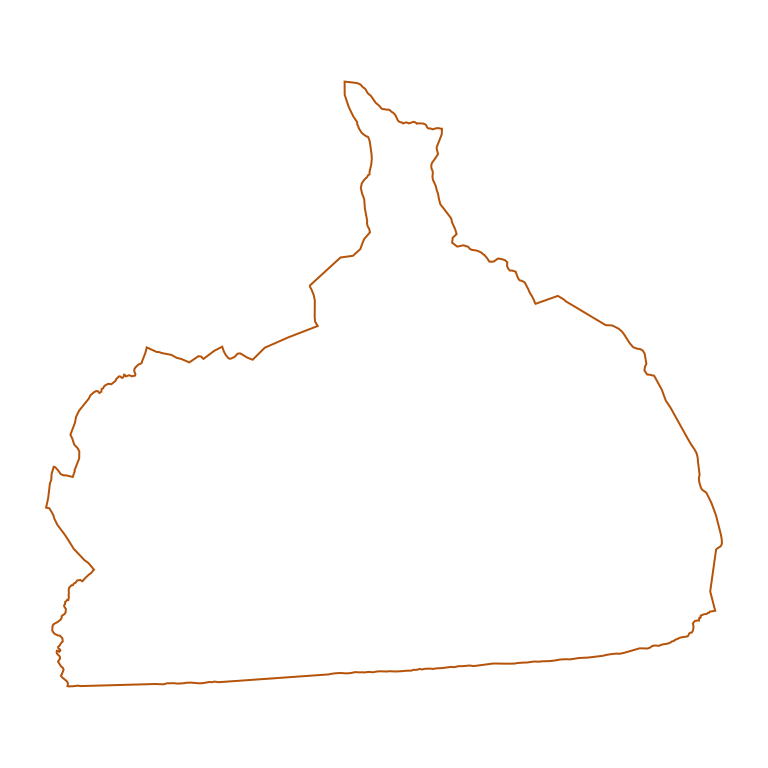 Ekumfi, Central, Ghana (Natural Earth projection)
{"feature_id": "2480657B22323593180175", "entity_name": "Ekumfi", "entity_type": "district", "adm_level": 2, "iso_a3": "GHA", "parent_name": "Ghana", "parent_adm1": "Central", "projection": "natural_earth1", "projection_center": [-0.909, 5.289], "detail": "fine", "context": "isolated", "style": "outline", "palette": "amber", "viewbox_px": 768, "rotation_deg": 0, "n_neighbors": 0, "source": "geoboundaries", "source_scale": "gbopen_adm2", "svg_char_len": 6005}
<svg xmlns="http://www.w3.org/2000/svg" viewBox="0 0 768 768"><path d="M67.5,686.1L68.6,686.4L73.7,686.2L78.1,685.6L80.0,686.1L155.1,684.0L162.8,684.3L164.1,684.2L166.9,683.3L173.4,683.2L177.9,683.6L184.3,683.2L185.5,682.8L191.1,682.6L198.5,683.3L202.6,683.2L209.1,682.0L212.1,682.2L213.8,681.7L215.1,681.7L218.5,682.2L328.8,674.4L330.4,674.0L335.1,673.3L340.6,673.0L346.1,673.4L349.3,673.2L351.1,673.0L355.1,672.1L360.1,672.4L362.3,672.2L363.7,672.5L368.6,671.9L373.1,672.3L376.3,671.6L379.2,671.3L387.6,671.5L389.4,671.2L395.7,671.5L402.9,671.1L404.9,670.8L411.4,670.6L413.6,669.8L416.4,669.9L419.8,668.9L421.6,669.4L422.7,669.4L423.9,668.9L425.1,668.8L430.4,668.6L433.2,669.0L435.8,668.4L441.9,668.1L451.1,666.9L454.2,667.2L458.3,666.2L463.5,666.1L469.5,665.5L473.6,666.1L493.3,663.5L507.0,663.7L514.2,663.6L517.8,663.0L524.8,662.5L527.0,662.5L534.3,661.5L538.4,661.7L542.4,661.3L549.9,661.1L555.4,660.4L560.3,659.5L566.3,659.2L569.9,659.4L579.0,658.0L587.7,657.6L602.9,655.8L606.3,654.9L612.0,654.0L616.4,653.6L617.8,653.6L618.8,653.9L623.5,653.0L639.7,648.3L647.4,648.5L649.7,647.8L652.4,645.9L654.9,645.5L659.1,645.8L660.9,644.9L663.3,644.3L667.8,643.6L670.8,642.4L671.9,641.4L673.8,641.0L675.4,639.6L676.7,639.3L679.3,638.0L681.0,637.4L687.6,636.4L688.5,635.1L689.3,633.4L690.1,632.8L691.9,632.5L692.8,630.8L693.4,628.3L693.5,626.1L692.9,623.7L693.9,622.0L694.9,621.0L697.4,620.5L699.0,620.6L699.3,617.9L699.6,617.8L700.0,618.0L700.7,617.4L700.6,616.0L700.8,615.6L703.9,614.3L706.1,614.0L706.9,613.7L707.8,612.9L708.9,612.8L709.7,611.7L715.2,610.8L710.2,591.4L716.1,549.5L716.9,548.7L720.3,546.5L721.1,545.6L721.9,543.7L721.8,539.9L720.9,534.6L715.9,515.0L711.4,502.9L706.3,492.6L702.6,490.1L701.7,489.1L700.7,487.1L699.4,482.5L699.0,480.1L698.9,478.1L699.6,474.7L697.9,461.1L697.8,458.6L697.1,455.0L696.4,452.8L694.6,449.6L690.9,444.1L687.8,438.8L670.6,407.8L665.8,400.6L661.8,389.7L654.2,375.8L649.5,374.7L647.1,374.5L644.4,370.3L645.0,366.6L646.4,363.9L644.7,353.8L643.1,351.1L642.3,350.2L640.1,349.1L637.2,348.7L633.8,347.5L632.7,346.7L629.5,342.9L624.2,334.5L622.0,331.6L618.8,328.8L612.4,325.5L605.6,325.1L565.6,301.2L563.9,299.5L557.8,295.9L535.6,303.8L534.7,302.4L534.1,300.5L533.4,299.1L531.7,295.7L530.7,294.3L529.3,291.7L528.5,289.7L524.8,282.5L523.0,281.4L521.4,280.7L519.8,280.4L518.7,279.3L517.3,276.4L515.7,271.7L512.0,270.5L509.8,270.5L508.2,268.7L507.0,265.8L507.3,262.3L505.0,260.2L501.6,259.1L498.0,258.5L493.6,261.6L489.4,261.7L487.2,258.3L484.3,254.9L482.9,254.1L482.2,253.3L481.0,252.4L479.2,251.5L476.4,250.5L471.7,249.8L469.7,248.8L468.6,247.2L467.3,246.5L463.4,245.3L457.3,246.6L452.1,242.7L452.7,237.8L456.6,234.0L455.1,229.1L452.1,222.5L451.3,218.9L450.8,217.9L442.7,207.2L441.9,206.4L440.2,203.9L438.8,198.3L438.0,193.6L436.9,190.7L435.7,185.8L433.1,180.2L432.6,178.1L432.5,176.2L432.8,173.6L432.7,171.4L431.4,168.1L431.3,166.0L431.5,164.1L432.3,162.4L435.3,158.3L438.0,154.1L436.7,148.6L436.7,147.2L441.4,135.2L441.8,133.8L441.9,128.8L441.5,128.9L439.4,128.3L436.9,128.1L432.6,129.3L430.3,128.4L428.6,128.5L428.0,128.2L427.2,127.4L426.3,125.4L425.3,124.4L423.0,123.5L417.6,123.3L416.9,123.7L415.7,122.6L413.7,121.8L408.9,123.4L406.8,122.5L406.2,122.4L403.0,123.4L401.9,122.5L400.0,122.0L398.7,121.4L397.8,120.3L395.7,115.7L394.4,113.9L393.1,112.7L391.7,111.9L389.7,110.1L388.5,109.6L386.5,109.7L384.2,109.1L382.6,109.1L381.2,108.3L379.5,106.0L375.6,102.7L371.0,96.0L367.8,93.3L365.4,89.1L362.1,86.5L361.0,85.0L359.9,84.2L357.8,83.3L355.1,82.8L344.6,81.6L344.7,94.8L348.5,106.3L350.4,110.5L353.3,116.4L357.2,122.2L357.2,124.3L358.3,126.5L358.8,128.2L361.5,132.6L364.0,134.7L366.1,136.2L368.0,136.8L369.2,139.5L370.0,142.8L371.6,154.8L371.8,159.1L371.2,164.9L369.6,171.5L369.5,174.5L368.0,175.2L367.1,177.1L365.2,178.7L363.8,180.4L361.8,183.4L360.8,187.9L362.0,193.3L364.2,199.1L364.9,208.5L367.2,220.9L367.0,223.4L367.6,226.1L369.2,229.0L370.0,232.3L364.3,238.9L363.0,241.7L360.3,249.1L352.9,255.8L340.5,257.5L309.9,285.5L310.2,287.2L311.5,289.5L313.6,294.7L314.8,300.3L314.7,317.5L315.1,321.6L317.7,326.0L288.2,337.4L264.8,347.7L252.7,359.7L247.8,357.9L240.3,353.4L237.7,353.6L234.7,356.8L231.4,358.4L230.3,358.7L229.3,358.7L228.2,357.9L225.6,354.8L223.7,351.1L222.2,346.7L214.1,350.9L203.5,358.9L202.4,358.0L201.3,356.6L198.4,356.2L189.3,362.4L181.4,359.0L176.6,357.8L171.4,354.9L161.6,353.0L159.2,352.1L156.5,351.9L146.8,347.4L145.2,353.4L142.1,361.3L141.9,362.5L141.4,363.3L138.2,364.7L135.4,367.5L134.5,368.9L134.2,370.5L134.4,371.7L135.3,373.8L135.4,374.7L135.0,375.6L131.9,376.3L129.9,375.4L129.0,375.3L125.8,376.4L125.1,375.6L124.8,374.9L124.2,374.6L123.2,377.1L122.5,377.8L122.0,377.9L119.8,376.3L118.8,376.5L117.2,378.2L116.2,379.0L115.5,380.9L111.4,384.2L108.3,383.8L105.6,385.1L103.9,386.5L103.2,388.3L101.7,388.9L101.3,391.7L99.4,393.0L97.7,391.1L96.1,391.1L94.0,392.2L90.3,395.4L88.8,398.6L79.0,410.8L76.1,416.8L74.9,423.0L70.4,434.7L72.4,438.8L74.2,444.6L77.7,448.3L79.3,451.3L79.2,458.4L74.5,470.4L74.8,471.1L72.7,477.0L65.7,475.3L63.6,475.4L60.7,474.1L58.6,471.0L55.3,467.3L53.7,466.8L51.6,473.9L51.3,479.7L49.9,483.5L48.2,498.0L46.1,507.6L49.4,508.3L53.4,515.2L54.3,518.6L57.3,524.7L64.9,534.9L69.0,541.2L73.7,548.8L84.5,560.2L88.4,563.0L94.0,569.7L93.2,570.4L91.2,573.0L88.9,574.6L86.1,577.2L82.3,581.3L80.3,580.0L77.2,580.5L75.8,582.5L73.7,583.7L72.8,585.2L71.7,585.2L69.3,587.4L68.7,589.6L68.7,591.4L68.9,592.8L68.6,596.0L68.9,597.0L68.3,600.1L67.1,599.9L65.8,601.6L65.1,602.1L65.0,604.1L64.1,605.3L64.3,606.7L65.9,609.0L65.6,612.4L64.4,614.2L62.8,615.1L61.7,616.1L61.6,617.9L60.6,619.7L57.8,621.9L54.6,623.6L53.2,624.6L52.4,626.7L52.3,630.2L52.7,631.5L54.7,633.9L58.0,635.5L59.9,635.6L62.4,638.3L62.7,641.5L61.4,642.7L59.6,645.5L58.1,647.0L58.4,648.4L59.8,649.3L60.4,650.3L59.9,651.3L59.1,651.8L58.2,650.9L56.9,650.8L56.6,652.6L57.0,653.6L59.8,656.5L60.1,658.4L58.8,660.5L58.0,661.5L60.9,666.2L63.0,668.0L63.6,669.7L61.8,674.3L60.9,675.8L62.5,677.7L66.5,680.9L67.8,682.8L67.9,684.3L67.5,686.1Z" fill="none" stroke="#b45309" stroke-width="2"/></svg>